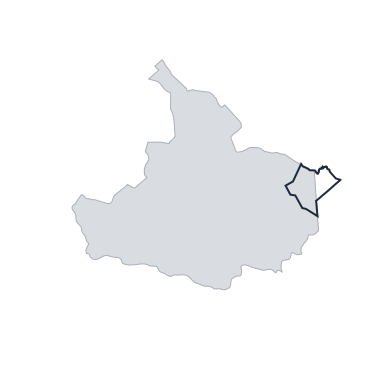 Kapoeta East, Eastern Equatoria, South Sudan shown in context, rotated 319°
{"feature_id": "79223893B62671962917549", "entity_name": "Kapoeta East", "entity_type": "district", "adm_level": 2, "iso_a3": "SSD", "parent_name": "South Sudan", "parent_adm1": "Eastern Equatoria", "projection": "equal_earth", "projection_center": [35.583, 5.094], "detail": "fine", "context": "in_parent", "style": "outline", "palette": "slate", "viewbox_px": 384, "rotation_deg": 319, "n_neighbors": 0, "source": "geoboundaries", "source_scale": "gbopen_adm2", "svg_char_len": 5882}
<svg xmlns="http://www.w3.org/2000/svg" viewBox="0 0 384 384"><g transform="rotate(319 192 192)"><path d="M271.6,291.5L263.3,302.7L262.7,303.4L261.7,304.3L258.3,304.3L254.9,303.7L251.7,300.8L248.4,303.1L246.3,303.8L245.1,304.0L242.2,304.4L238.1,305.6L236.3,307.1L235.3,308.3L234.5,310.5L234.1,310.7L233.3,310.5L232.3,309.6L230.1,308.3L229.0,305.5L228.0,303.8L227.2,303.0L223.7,305.7L222.0,306.4L220.7,306.3L218.2,304.8L215.4,303.4L214.0,303.4L211.9,305.1L209.4,307.6L208.2,310.1L207.6,311.5L206.7,309.3L205.9,307.9L204.8,307.3L202.4,307.9L201.9,307.1L201.8,305.2L201.4,303.4L200.9,302.1L199.1,300.7L194.5,298.0L190.9,292.7L189.2,290.2L187.9,288.5L186.0,284.3L183.9,281.4L181.4,280.1L179.7,280.7L178.0,283.8L174.7,286.8L173.2,286.9L171.3,285.3L168.9,284.1L164.6,283.7L162.8,285.0L160.4,287.3L158.4,288.6L157.2,288.8L156.0,288.2L154.7,288.0L153.6,287.9L151.3,285.9L150.1,284.4L149.3,282.9L148.0,281.9L146.5,281.1L145.4,279.8L144.9,278.2L144.0,276.1L142.9,274.3L139.4,270.9L138.3,269.0L137.6,267.1L136.2,264.9L134.6,262.1L134.2,257.9L134.1,254.6L133.8,253.1L133.2,251.5L132.4,250.2L131.2,248.7L128.3,246.6L125.4,244.1L123.9,242.6L121.2,242.1L119.6,240.7L118.3,237.6L117.7,235.1L116.4,233.1L115.8,231.7L115.5,230.1L116.6,225.2L115.1,223.4L112.7,221.1L111.1,218.7L110.1,216.4L107.1,213.4L100.5,208.9L96.8,206.0L94.7,203.4L92.9,200.9L92.8,199.9L94.0,197.4L94.2,195.3L93.2,193.0L89.3,188.7L86.2,184.0L83.9,182.5L78.2,181.2L76.6,180.7L74.9,179.8L73.2,177.6L72.6,175.1L73.5,171.1L73.0,169.9L72.0,169.5L72.3,168.7L73.4,166.7L75.2,165.5L79.9,163.5L80.2,162.7L80.3,160.2L80.7,159.0L82.4,155.5L82.6,154.1L82.7,151.1L82.9,149.7L83.4,148.7L84.7,147.0L85.2,146.0L85.4,143.7L85.3,139.2L86.0,137.4L89.0,133.4L89.8,131.5L90.1,129.9L90.1,128.2L90.3,126.6L91.2,125.0L92.0,124.5L94.2,124.0L95.6,124.4L106.1,121.6L107.3,122.0L107.8,123.6L107.7,126.2L107.9,127.5L108.5,128.4L110.1,129.7L111.2,131.8L111.8,132.5L113.5,134.0L121.1,146.0L123.3,147.1L125.4,146.7L129.6,144.2L131.7,143.6L146.5,144.3L148.1,143.9L148.2,144.0L150.4,150.0L151.5,151.4L167.6,151.5L167.3,149.8L167.5,147.8L170.4,144.1L170.8,143.7L173.3,141.9L175.8,140.8L180.5,139.4L182.2,137.2L183.1,135.2L183.2,131.3L183.8,130.6L184.9,129.7L190.4,126.2L191.3,125.5L200.8,133.6L206.1,140.1L206.5,140.4L206.7,140.5L207.0,140.3L207.3,140.0L207.9,139.7L210.2,139.6L214.6,139.3L216.0,138.5L224.8,127.0L227.0,123.3L227.6,122.6L228.9,120.0L230.2,115.5L230.5,115.0L240.1,104.2L240.4,103.3L240.5,102.7L239.1,99.0L238.8,97.2L238.7,94.4L239.0,90.0L238.9,87.2L238.8,86.4L238.7,86.3L233.4,78.3L246.9,78.3L246.9,77.3L246.9,76.9L246.6,76.0L246.5,74.7L246.5,74.0L246.6,73.4L246.6,73.0L246.5,72.7L256.3,72.6L256.1,74.9L254.9,80.1L254.9,83.3L254.7,86.9L254.3,88.0L253.8,88.8L253.7,89.3L253.6,89.6L255.6,109.9L255.4,110.7L254.9,112.0L254.8,112.4L254.7,112.7L254.9,112.9L259.4,115.1L259.6,115.2L259.8,115.4L261.4,118.0L270.1,127.6L270.4,128.1L271.3,131.1L271.4,131.6L271.5,132.3L271.5,132.9L271.2,134.7L271.3,135.5L271.5,136.0L271.6,136.6L271.6,136.8L271.5,137.3L270.2,140.8L269.7,143.2L269.6,145.3L269.7,146.5L269.8,147.3L270.0,147.6L273.9,147.8L273.9,148.9L274.3,167.2L274.3,169.2L274.2,171.8L273.7,172.8L272.7,174.3L271.3,175.6L267.9,175.9L265.0,175.9L263.0,175.6L260.2,175.5L257.6,175.8L256.7,176.9L253.2,186.6L252.2,189.1L251.9,190.5L252.2,191.4L253.5,192.6L256.5,194.3L259.9,195.3L262.4,195.8L264.1,196.2L265.4,196.8L270.2,201.2L271.8,203.2L272.6,205.1L272.8,207.0L273.5,209.0L277.9,215.1L282.1,217.9L283.7,221.2L285.2,222.8L286.7,224.5L287.4,227.0L289.3,234.4L290.5,238.2L291.7,241.4L292.2,246.5L293.2,248.8L294.2,251.6L295.9,254.1L297.7,256.0L298.0,256.5L279.9,280.5L271.6,291.5Z" fill="#d9dde1" stroke="#a8b0b8" stroke-width="1"/><path d="M266.9,279.5L270.9,292.6L271.9,291.1L278.4,282.2L279.8,280.1L292.7,280.3L300.0,280.3L305.3,280.2L311.9,280.3L312.0,280.2L311.9,280.1L309.4,276.1L309.3,267.8L309.3,267.1L309.4,266.9L309.5,266.8L309.5,266.7L309.7,266.4L309.8,266.3L309.8,266.2L309.9,265.9L310.0,265.9L310.1,265.7L310.1,265.4L310.2,265.2L310.1,264.9L310.1,264.7L309.9,264.4L309.7,264.3L309.7,264.2L309.6,263.8L309.6,263.7L309.4,263.5L309.4,263.4L309.4,263.2L309.5,263.1L309.5,262.9L309.5,262.7L309.7,262.4L309.8,262.4L309.9,262.2L310.0,262.1L310.1,261.9L310.2,261.7L310.2,261.4L310.2,261.2L309.9,261.1L309.7,261.0L309.7,260.9L309.7,260.7L309.4,260.7L309.2,260.5L309.0,260.4L308.8,260.4L308.7,260.4L308.6,260.2L308.4,260.2L308.4,260.3L308.2,260.3L308.1,260.2L307.9,259.9L308.0,259.8L307.9,259.7L307.7,259.6L307.4,259.7L307.4,259.4L307.2,259.4L307.3,259.3L307.2,259.2L307.1,259.3L307.1,259.2L307.0,259.3L306.9,259.2L306.7,259.2L306.7,259.3L306.5,259.2L306.5,259.3L306.4,259.3L306.2,259.3L306.0,259.2L305.9,259.2L305.8,259.3L305.7,259.3L305.5,259.5L305.4,259.5L305.4,259.4L305.3,259.5L305.2,259.4L305.3,259.3L305.2,259.2L305.2,258.9L304.9,258.9L305.0,259.0L304.9,259.0L304.8,258.9L304.7,258.8L304.6,258.7L304.4,258.6L304.2,258.6L304.3,258.6L304.2,258.6L303.9,258.7L303.7,258.5L303.7,258.4L303.4,258.4L303.3,258.5L303.2,258.5L303.1,258.4L302.9,258.4L302.8,258.5L302.7,258.5L302.4,258.6L302.2,258.7L302.2,258.8L302.0,259.0L301.9,259.1L301.8,259.3L301.8,259.2L301.7,259.2L301.7,259.3L301.5,259.5L301.4,259.6L301.2,259.7L301.2,259.8L301.0,260.0L300.9,260.0L300.7,260.1L300.4,260.1L300.2,260.2L300.2,260.3L299.8,260.4L299.6,260.6L299.4,260.8L299.0,260.8L298.9,260.8L298.8,260.7L298.7,260.5L298.7,260.3L298.6,260.2L298.6,259.9L298.6,259.5L298.7,259.4L298.7,259.2L298.5,258.7L298.5,258.4L298.6,258.2L298.7,257.9L298.8,257.8L298.8,257.6L298.8,257.3L298.9,257.2L298.8,256.9L298.8,256.6L298.8,256.4L298.8,256.2L295.1,252.8L295.1,252.7L295.1,251.5L295.1,251.2L293.4,247.0L292.5,245.4L292.5,245.0L292.6,244.8L292.6,244.4L292.5,244.2L292.4,244.0L292.4,243.8L292.4,243.5L292.5,243.3L292.5,243.1L292.6,242.9L292.8,242.8L292.8,242.6L292.8,242.4L275.1,250.3L266.8,248.6L264.5,258.5L267.7,262.4L264.7,276.5L266.9,279.5Z" fill="none" stroke="#1e293b" stroke-width="2"/></g></svg>